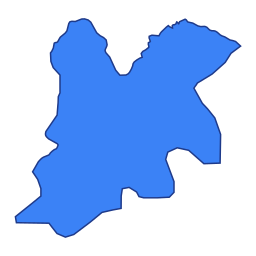 the border of Dinguiraye
{"feature_id": "GIN-5634", "entity_name": "Dinguiraye", "entity_type": "Prefecture", "adm_level": 1, "iso_a3": "GIN", "parent_name": "Guinea", "parent_adm1": "", "projection": "natural_earth1", "projection_center": [-10.675, 11.582], "detail": "fine", "context": "isolated", "style": "filled", "palette": "blue", "viewbox_px": 256, "rotation_deg": 0, "n_neighbors": 0, "source": "natural_earth", "source_scale": "10m", "svg_char_len": 1997}
<svg xmlns="http://www.w3.org/2000/svg" viewBox="0 0 256 256"><path d="M84.6,18.9L88.2,20.0L90.8,22.2L96.7,32.8L100.1,35.7L103.6,37.6L106.2,40.0L107.1,44.8L106.7,46.3L105.3,49.4L105.1,50.7L105.8,52.6L109.7,57.1L115.7,70.2L119.9,75.2L126.0,75.0L128.2,73.8L129.6,72.2L131.3,69.2L132.6,66.1L133.1,63.7L134.2,62.0L136.9,59.9L139.9,58.1L142.2,57.3L141.2,53.5L142.8,51.4L145.7,49.8L148.7,47.4L148.8,46.2L148.3,44.4L148.4,42.7L149.8,42.0L150.3,41.3L149.1,37.9L149.2,36.3L151.9,35.2L158.9,35.8L160.3,33.3L161.4,31.9L166.4,27.1L168.3,25.6L169.3,26.5L170.3,27.1L172.5,28.0L172.3,25.5L173.2,24.8L174.5,24.7L175.9,23.9L176.5,22.3L176.8,21.9L177.9,22.8L178.3,23.7L178.7,23.8L179.6,21.7L185.1,19.2L186.3,19.9L187.0,21.0L187.9,22.0L192.8,23.1L197.9,25.9L200.8,26.6L204.4,26.4L205.4,26.6L206.9,27.3L208.9,29.3L210.0,30.2L211.1,30.5L211.5,30.7L214.0,30.8L215.5,31.2L217.3,32.3L220.2,34.9L222.0,35.9L224.8,36.9L230.0,40.0L232.9,40.6L235.6,41.5L240.6,46.1L231.0,53.3L225.2,62.4L212.2,74.0L197.4,83.0L196.3,84.8L195.1,86.4L193.9,88.2L202.3,103.3L207.5,108.8L214.8,117.9L220.6,134.4L220.1,163.1L203.9,163.7L188.7,150.3L177.2,147.8L167.8,152.1L165.7,159.4L174.0,181.6L174.0,192.3L169.3,197.2L157.3,197.8L143.7,197.8L139.0,196.6L136.6,192.0L129.1,187.4L122.3,188.7L121.2,196.0L121.1,208.4L113.0,209.9L102.0,212.4L90.1,222.2L73.8,234.5L65.4,237.1L57.0,233.5L52.1,227.3L49.0,223.2L16.4,222.7L15.4,216.7L31.6,203.7L40.9,196.1L40.9,188.6L37.7,179.4L32.6,171.8L38.4,161.7L40.7,159.2L42.1,158.0L43.6,157.1L48.8,155.0L49.6,154.1L50.4,152.9L52.2,151.2L54.3,149.6L56.1,148.9L57.1,147.7L58.1,145.0L57.4,143.8L48.8,139.0L47.7,138.0L46.6,136.9L46.1,136.2L45.7,135.5L45.5,134.5L45.5,133.3L45.9,131.5L57.1,115.1L57.7,107.5L58.1,102.6L58.3,96.7L60.0,92.9L60.0,85.5L60.0,75.1L53.2,67.6L50.9,61.4L50.5,52.9L51.7,51.4L53.3,48.1L54.2,43.2L55.2,42.6L56.4,42.5L57.6,41.9L59.7,38.1L60.3,37.2L60.5,37.0L65.2,33.1L66.9,30.9L68.8,23.5L69.9,21.8L71.9,21.3L75.3,21.5L81.7,19.0L84.6,18.9Z" fill="#3b82f6" stroke="#1e3a8a" stroke-width="1.5"/></svg>